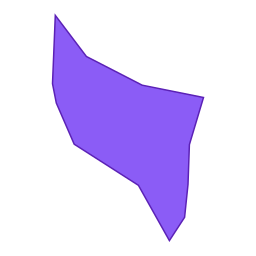 outline of Šmartno ob Paki
{"feature_id": "SVN-994", "entity_name": "Šmartno ob Paki", "entity_type": "Municipality", "adm_level": 1, "iso_a3": "SVN", "parent_name": "Slovenia", "parent_adm1": "", "projection": "albers", "projection_center": [15.03, 46.342], "detail": "fine", "context": "isolated", "style": "filled", "palette": "violet", "viewbox_px": 256, "rotation_deg": 0, "n_neighbors": 0, "source": "natural_earth", "source_scale": "10m", "svg_char_len": 276}
<svg xmlns="http://www.w3.org/2000/svg" viewBox="0 0 256 256"><path d="M55.3,15.4L86.4,56.5L142.2,85.2L203.5,97.5L189.4,144.6L188.0,184.4L184.6,217.3L169.4,240.6L138.4,185.3L74.2,144.2L56.3,103.0L52.5,83.7L55.3,15.4Z" fill="#8b5cf6" stroke="#5b21b6" stroke-width="1.5"/></svg>